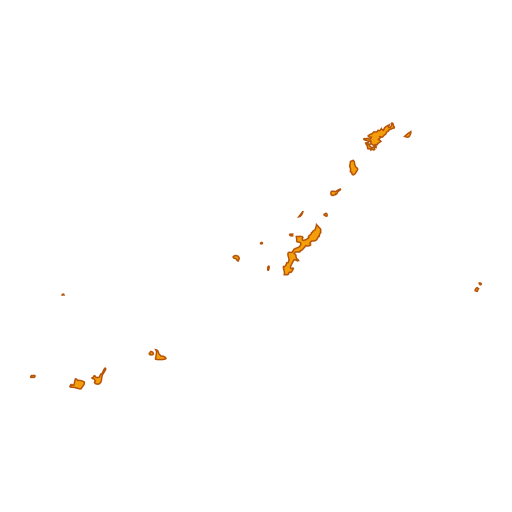 outline of Okinawa
{"feature_id": "JPN-3502", "entity_name": "Okinawa", "entity_type": "Prefecture", "adm_level": 1, "iso_a3": "JPN", "parent_name": "Japan", "parent_adm1": "", "projection": "robinson", "projection_center": [127.452, 26.383], "detail": "fine", "context": "isolated", "style": "filled", "palette": "amber", "viewbox_px": 512, "rotation_deg": 0, "n_neighbors": 0, "source": "natural_earth", "source_scale": "10m", "svg_char_len": 6087}
<svg xmlns="http://www.w3.org/2000/svg" viewBox="0 0 512 512"><path d="M320.9,230.1L320.5,230.8L320.5,231.2L320.9,232.2L320.1,233.3L319.4,234.9L319.3,236.2L318.9,236.0L318.7,236.1L317.0,239.2L315.9,240.4L314.5,240.9L312.1,241.0L311.3,241.3L310.5,242.3L309.9,243.6L310.1,243.8L310.6,244.1L310.6,244.7L310.4,245.2L310.3,245.3L308.7,245.9L307.7,246.0L306.7,246.0L305.8,245.6L304.8,247.0L302.0,250.1L301.4,250.5L300.7,250.5L300.2,250.8L300.0,251.8L299.7,252.0L295.9,252.0L295.4,252.1L294.9,252.4L294.2,253.4L294.5,253.9L295.6,254.6L295.9,255.4L296.1,257.2L296.3,258.0L296.9,258.8L298.1,259.8L298.6,260.6L297.6,260.9L295.5,260.0L294.3,259.7L293.7,260.2L291.0,265.4L290.6,266.4L290.5,267.6L290.8,268.4L291.7,268.4L292.7,268.1L293.4,268.3L292.9,269.6L292.0,271.2L290.9,272.4L289.8,272.1L289.0,272.7L288.2,274.4L287.4,274.7L284.2,274.7L284.5,272.4L283.4,268.0L283.5,266.5L284.6,266.7L285.6,265.6L286.4,263.9L286.8,262.7L287.8,262.8L288.5,261.9L289.0,259.9L288.9,258.6L288.1,255.9L287.9,254.6L288.0,253.1L288.5,252.5L289.4,252.3L291.1,252.4L291.8,252.3L292.4,252.0L292.7,251.3L292.9,251.3L293.8,249.4L295.6,248.4L297.6,247.7L299.5,246.7L300.7,244.7L300.8,243.6L300.5,242.8L299.7,242.3L297.2,241.9L296.7,241.2L296.7,239.1L296.3,237.0L296.3,236.5L300.9,236.4L302.2,236.6L302.9,237.4L302.8,238.0L302.4,238.5L302.2,239.1L302.6,240.0L303.1,240.3L303.6,240.3L305.9,239.7L308.8,237.8L308.4,236.8L308.8,236.0L311.0,234.2L311.2,233.9L311.5,232.6L312.3,232.3L312.9,231.2L314.9,229.9L315.4,229.1L315.6,227.9L316.4,225.9L316.5,224.6L320.6,229.1L320.9,230.1ZM393.6,126.0L394.4,127.2L394.3,127.7L394.1,128.1L392.9,128.1L392.2,128.6L390.0,129.6L388.9,129.9L388.5,131.0L386.9,131.8L385.5,134.4L384.4,135.0L382.6,137.0L381.9,137.3L380.5,136.7L379.8,136.7L380.2,137.6L379.8,138.3L379.4,138.7L378.4,139.3L380.3,140.8L380.9,141.4L378.1,143.3L377.7,143.4L377.4,144.7L376.7,144.8L375.8,144.5L374.8,144.9L375.4,145.3L376.0,146.2L376.2,147.1L376.1,147.5L375.5,147.2L374.0,145.7L371.3,143.8L370.9,143.0L371.0,141.3L370.3,140.6L369.7,141.5L368.9,141.5L367.1,140.6L364.5,139.9L363.8,139.3L363.8,138.9L364.7,138.5L365.1,138.6L365.6,138.9L367.1,138.4L368.8,138.9L370.4,139.0L371.4,137.2L369.5,137.1L368.7,136.8L368.1,135.9L370.0,134.4L371.3,134.1L371.7,133.9L372.8,133.0L373.6,132.0L375.0,131.9L376.2,132.0L377.2,131.7L378.0,130.3L379.0,130.7L380.0,130.4L380.8,129.6L381.3,128.6L381.6,129.2L383.5,130.3L384.4,128.0L385.8,126.7L389.3,124.8L388.6,126.9L388.8,127.5L389.6,127.7L390.2,127.4L390.8,126.7L391.8,124.8L391.5,123.5L391.8,123.1L392.5,123.1L393.1,124.0L393.6,126.0ZM77.8,380.5L78.9,380.3L80.9,380.6L83.0,381.3L84.3,382.0L84.4,383.7L83.2,385.8L80.9,388.9L79.8,388.9L74.1,387.4L70.7,387.2L69.9,386.5L70.8,384.8L71.5,385.3L72.0,384.5L73.2,385.3L73.9,385.0L74.2,384.4L74.5,382.2L75.4,378.9L75.8,378.8L76.3,379.0L77.8,380.5ZM355.5,166.7L357.4,168.3L357.7,169.1L357.4,170.1L356.1,172.0L355.5,173.2L354.8,174.0L354.0,174.6L353.3,174.9L352.3,174.5L351.9,173.6L351.6,172.3L350.5,171.9L350.3,171.1L350.7,169.3L349.6,165.9L350.1,164.1L350.4,161.7L350.7,161.4L353.2,160.3L354.2,161.5L354.9,165.1L355.5,166.7ZM105.6,368.5L105.7,369.3L105.5,369.9L105.0,370.4L104.5,371.6L102.6,374.5L101.8,377.2L101.5,379.9L100.8,382.3L99.2,383.9L97.3,384.2L95.3,383.6L94.4,382.5L95.5,380.9L94.9,380.5L94.4,379.1L92.6,378.6L92.0,378.2L92.0,377.8L93.0,377.5L94.1,375.8L94.8,375.7L95.0,376.0L95.1,376.5L96.3,377.4L96.9,377.5L98.1,377.5L98.7,377.4L99.2,377.1L99.8,376.2L100.2,375.1L100.8,374.1L101.7,373.6L102.3,373.1L104.0,369.4L104.8,368.3L105.2,368.1L105.6,368.5ZM162.5,356.1L163.5,356.3L164.6,356.9L165.6,357.7L166.0,358.4L165.6,358.9L164.5,359.2L162.3,359.6L157.8,359.6L155.6,359.2L155.5,358.0L155.8,357.3L156.4,353.7L156.5,351.5L156.3,350.8L155.7,349.7L156.5,349.9L157.1,350.2L157.6,350.6L158.0,351.4L159.0,353.9L161.0,356.1L161.4,356.2L162.5,356.1ZM340.2,189.0L340.5,189.4L340.0,190.2L338.5,191.1L337.8,191.8L337.0,193.4L336.5,194.0L335.8,193.7L335.5,194.7L335.1,194.8L334.6,194.7L334.2,194.8L333.5,195.4L332.7,195.5L331.9,195.3L331.2,194.8L330.9,194.2L330.9,192.6L331.3,191.5L331.5,191.3L332.8,191.2L334.8,191.5L335.8,191.5L336.7,191.0L337.5,190.3L340.2,189.0ZM371.8,147.5L373.4,147.2L374.5,148.2L374.7,149.5L373.3,150.0L372.2,148.9L372.0,148.6L371.5,149.0L371.5,149.4L370.9,150.1L370.0,148.7L369.4,148.7L368.3,148.9L367.8,148.7L367.6,148.3L367.4,146.2L366.0,144.0L365.6,143.0L366.4,142.7L368.1,142.7L367.8,143.9L368.4,144.3L370.4,144.0L369.4,145.5L369.4,145.9L370.1,146.5L371.8,147.5ZM239.2,258.0L239.2,258.6L239.0,259.2L238.3,260.4L238.4,260.9L238.0,261.0L237.7,260.9L237.0,260.3L236.5,259.1L235.5,258.6L234.3,258.3L233.5,257.8L233.1,256.9L233.6,256.3L234.5,255.8L236.1,255.5L237.0,255.7L237.9,256.2L238.7,257.0L239.2,258.0ZM410.8,131.6L410.9,132.6L410.4,134.2L409.6,135.8L409.0,136.7L408.1,137.2L406.9,137.1L404.6,136.4L407.9,133.5L410.2,132.1L410.8,131.6ZM152.6,352.1L153.1,352.7L153.4,354.0L152.8,354.7L150.8,354.9L149.8,354.7L149.3,354.0L149.3,353.2L150.2,352.9L150.5,351.6L151.2,351.5L152.6,352.1ZM477.4,287.8L478.6,288.8L477.9,289.6L477.3,291.3L476.7,291.3L475.1,290.7L475.2,289.9L475.6,289.0L476.4,288.0L477.0,287.7L477.4,287.8ZM34.2,375.4L34.9,375.6L35.0,376.3L34.6,377.0L34.0,377.5L33.4,377.3L31.2,377.5L30.7,377.2L30.7,376.6L31.1,375.9L31.7,375.4L32.3,375.6L34.2,375.4ZM327.1,214.5L327.1,215.7L326.8,216.2L325.9,216.1L324.8,215.5L324.0,214.9L324.0,214.4L324.7,214.3L325.0,213.7L325.7,213.3L326.6,213.5L326.9,214.1L327.1,214.5ZM302.6,211.7L302.9,211.7L302.4,213.3L301.5,215.0L300.3,216.3L298.8,216.8L299.4,215.9L302.1,212.5L302.6,211.7ZM292.7,234.0L292.7,235.8L291.4,236.0L289.9,235.4L289.7,234.4L290.5,234.1L291.9,234.2L292.7,234.0ZM269.1,266.6L269.2,267.3L268.7,269.7L268.3,270.3L267.8,270.1L267.7,269.3L267.7,268.4L267.9,267.1L268.3,266.3L268.8,266.1L269.1,266.6ZM479.2,283.0L479.9,282.9L480.9,283.2L481.3,283.9L481.0,284.5L480.7,284.8L480.3,284.8L479.9,284.6L479.3,283.8L479.2,283.0ZM261.2,242.5L261.8,242.4L262.3,242.7L262.4,243.3L262.0,243.8L260.8,243.9L260.5,243.6L260.8,242.9L261.2,242.5ZM64.0,294.9L63.1,294.9L62.2,295.1L62.3,294.4L63.3,294.1L63.6,294.1L64.0,294.9Z" fill="#f59e0b" stroke="#b45309" stroke-width="1.5"/></svg>